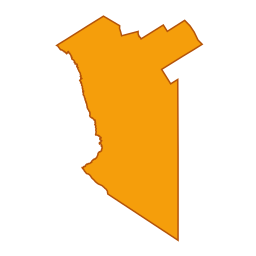 the district of Caseros, Santa Fe, Argentina, rotated 271°
{"feature_id": "61730980B68223475909099", "entity_name": "Caseros", "entity_type": "district", "adm_level": 2, "iso_a3": "ARG", "parent_name": "Argentina", "parent_adm1": "Santa Fe", "projection": "robinson", "projection_center": [-61.441, -33.197], "detail": "fine", "context": "isolated", "style": "filled", "palette": "amber", "viewbox_px": 256, "rotation_deg": 271, "n_neighbors": 0, "source": "geoboundaries", "source_scale": "gbopen_adm2", "svg_char_len": 5214}
<svg xmlns="http://www.w3.org/2000/svg" viewBox="0 0 256 256"><g transform="rotate(271 128 128)"><path d="M236.6,182.8L225.3,165.6L231.6,161.5L217.3,139.5L217.5,139.4L217.8,139.2L217.9,139.3L218.1,139.2L219.0,138.4L219.0,138.2L219.4,137.9L219.6,137.5L219.9,137.6L220.3,137.3L220.7,137.2L220.9,137.0L221.0,136.9L221.3,136.9L221.5,136.7L222.6,136.5L223.2,136.4L223.5,136.5L224.1,136.3L224.7,136.4L220.1,120.0L224.2,118.9L227.3,117.8L230.1,117.9L239.4,101.5L229.4,86.0L214.5,63.3L214.4,63.1L211.1,57.9L209.3,55.3L209.2,55.5L208.9,56.0L208.8,56.3L208.5,56.6L208.3,56.8L208.0,56.9L206.2,58.3L205.8,58.5L205.7,58.6L205.6,59.0L205.1,59.2L205.0,59.6L205.1,60.1L205.0,60.3L204.7,60.6L204.6,61.1L204.5,61.3L204.1,61.6L203.9,62.1L203.7,62.4L203.7,62.6L203.1,62.9L203.2,63.3L202.6,64.0L202.3,64.1L202.1,64.3L202.0,64.9L201.9,65.0L201.5,65.1L201.2,65.3L201.3,65.5L201.5,65.7L202.0,66.0L202.4,66.0L202.5,66.1L202.5,66.6L203.1,66.6L203.3,66.7L203.4,66.9L203.4,67.1L203.0,67.3L202.6,67.3L202.3,67.6L201.6,67.9L201.5,68.0L201.4,68.3L201.5,68.5L200.9,68.8L200.4,69.2L199.3,69.8L199.0,69.8L198.8,70.2L198.7,70.2L198.6,70.3L198.0,70.1L197.7,70.2L197.4,70.6L197.3,70.8L197.1,70.8L196.7,70.6L196.4,70.6L196.0,70.7L195.8,70.9L195.5,71.6L195.3,71.8L195.2,72.1L194.8,72.6L193.7,73.4L193.3,73.4L193.0,73.1L192.8,73.1L192.4,73.4L192.5,73.8L192.3,74.1L191.9,74.0L191.7,74.1L191.5,74.4L191.4,74.4L191.3,74.2L191.1,74.1L191.0,74.3L191.2,74.7L191.3,74.9L191.1,75.2L190.9,75.4L190.9,75.9L190.8,76.1L190.4,76.0L189.6,76.3L189.3,76.3L189.2,76.1L189.2,75.8L189.1,75.6L188.5,75.8L188.4,76.2L188.2,76.3L187.7,76.3L187.6,76.7L187.5,76.9L187.2,76.6L185.8,77.1L185.0,77.7L184.6,77.7L183.8,78.1L183.2,78.6L182.7,78.8L182.2,79.1L181.9,79.4L181.1,79.4L180.7,79.5L180.2,79.5L179.7,79.9L179.1,79.9L179.0,80.1L178.8,80.0L178.7,79.9L178.5,79.6L178.3,79.9L177.8,80.0L177.4,80.3L176.9,79.9L176.7,79.9L176.6,80.0L176.9,80.8L176.7,81.0L176.4,80.8L176.2,80.1L175.4,79.5L174.8,78.9L174.4,79.1L173.9,79.6L173.3,79.8L173.1,80.1L173.1,80.4L173.0,80.5L172.8,80.5L172.5,80.1L172.3,80.0L172.1,80.5L171.7,80.6L171.4,80.9L169.8,80.9L169.0,81.6L168.8,81.7L168.0,81.6L167.5,81.7L167.1,81.6L166.9,81.7L166.5,82.1L165.3,82.0L164.7,82.3L164.1,83.0L163.8,82.9L163.7,82.5L163.6,82.2L163.2,82.2L162.8,82.6L162.6,82.8L161.7,82.7L161.4,82.8L160.9,82.6L160.5,82.7L160.2,82.8L159.8,83.3L159.4,83.5L158.8,83.7L157.6,84.0L157.2,84.1L156.7,84.6L156.4,84.8L156.0,84.7L155.6,84.5L155.3,84.6L155.0,84.9L154.3,85.2L153.4,85.3L153.2,85.6L153.2,85.8L152.9,85.9L152.5,85.7L152.2,85.8L151.9,86.1L151.6,86.1L151.3,86.3L151.0,86.4L150.3,86.4L149.9,86.5L149.2,86.6L149.0,86.8L148.8,86.9L148.4,86.9L148.1,86.8L147.6,86.9L147.3,87.0L146.6,87.5L146.1,87.6L145.4,88.2L144.2,88.7L143.9,89.0L143.6,89.2L143.2,89.6L141.9,89.6L141.6,89.8L141.0,89.7L140.6,89.8L140.2,89.7L139.7,89.5L139.1,89.9L138.7,89.9L137.5,91.5L137.3,91.8L137.4,92.3L136.7,92.8L136.3,93.4L135.8,93.9L135.3,94.0L135.2,94.2L135.4,94.8L135.2,95.0L134.7,94.7L134.4,94.8L134.0,95.2L133.8,95.2L133.2,94.9L132.8,95.0L132.4,95.5L132.0,95.4L131.7,95.1L131.1,95.1L130.8,94.8L130.6,94.9L130.6,95.3L130.4,95.5L129.9,95.6L129.4,95.8L128.3,95.5L128.0,95.6L127.6,95.7L126.9,96.2L126.7,96.2L126.0,95.9L124.7,95.9L124.4,96.0L123.8,96.3L123.2,96.1L122.5,96.1L120.7,95.7L120.5,95.8L120.4,95.9L120.5,96.6L120.5,96.8L120.4,97.0L120.2,97.6L120.0,98.0L120.1,98.5L119.9,98.7L119.5,98.8L119.4,98.9L119.4,99.2L119.5,99.5L119.3,99.8L119.1,100.0L118.0,100.2L118.0,100.4L118.2,100.8L118.2,101.0L117.7,101.3L117.5,101.2L117.3,101.0L117.2,100.6L116.9,100.1L116.7,100.0L116.2,100.1L115.8,100.4L115.8,100.6L115.6,100.8L115.4,100.9L115.3,101.0L115.2,101.6L115.1,101.8L114.8,101.9L114.7,101.9L114.4,101.4L114.2,101.2L113.3,101.1L113.1,101.0L113.1,100.8L113.1,100.0L112.9,99.8L112.8,99.7L112.1,99.6L111.8,99.7L111.6,99.8L111.8,100.0L112.2,99.8L112.4,100.0L112.3,100.3L111.8,100.7L111.3,101.4L110.9,101.7L110.7,101.7L110.1,102.1L109.9,102.0L109.9,101.6L109.7,101.5L109.3,101.7L109.0,102.2L108.8,102.4L108.5,102.5L107.5,102.3L107.1,102.5L106.8,102.4L106.3,101.9L106.0,101.9L105.7,102.0L104.8,101.9L104.6,101.7L104.4,101.5L104.2,100.8L103.5,100.3L103.5,100.2L103.7,99.9L103.7,99.7L103.1,99.4L102.6,98.8L102.0,98.5L101.7,98.4L101.1,98.5L100.8,98.3L100.2,98.2L99.0,97.6L98.1,97.3L97.4,96.8L97.1,96.0L96.8,95.8L96.6,95.8L96.3,95.6L96.3,95.3L96.4,94.8L96.3,94.5L95.6,94.1L95.5,93.6L95.4,93.4L94.9,93.1L94.5,92.6L94.3,92.4L93.8,92.1L93.4,92.1L93.0,92.2L92.9,92.0L92.8,91.4L92.7,91.2L92.2,90.8L91.9,90.5L91.8,89.2L91.7,88.8L91.5,88.6L91.1,88.4L90.9,88.1L91.2,87.7L91.2,87.4L90.4,86.6L89.9,86.2L89.5,86.0L89.0,86.1L88.9,86.0L88.7,85.5L88.8,84.9L88.7,84.5L88.3,84.3L87.8,84.2L87.6,84.0L87.8,82.9L87.6,82.8L87.2,83.1L86.9,83.2L86.5,83.5L85.9,84.4L84.5,85.0L84.1,85.4L81.8,87.3L81.5,88.2L81.3,89.2L80.8,89.9L80.6,90.2L80.2,90.7L78.7,91.9L78.2,92.1L77.6,92.5L76.3,93.9L75.8,94.5L75.5,94.8L75.0,95.3L73.8,96.3L72.5,97.9L71.8,98.9L71.6,99.2L71.1,100.3L70.8,101.2L69.8,103.3L69.4,103.8L69.0,104.1L68.2,105.2L67.4,105.9L66.5,107.1L64.9,108.3L64.0,108.6L63.5,108.6L61.6,109.0L16.6,180.0L52.4,179.4L103.3,178.5L177.4,176.9L172.9,169.9L187.2,160.6L200.8,181.6L207.4,192.1L213.0,200.7L217.2,196.4L225.0,192.5L231.2,188.2L236.6,182.8Z" fill="#f59e0b" stroke="#b45309" stroke-width="1.5"/></g></svg>